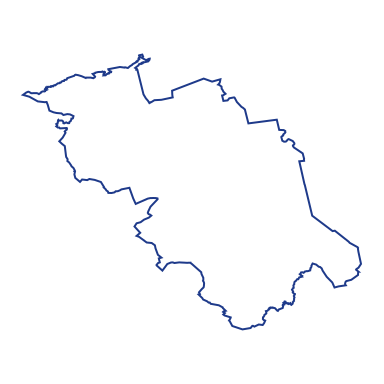 outline of Rubenes pag., Jekabpils, Latvia
{"feature_id": "27541924B32922807778948", "entity_name": "Rubenes pag.", "entity_type": "district", "adm_level": 2, "iso_a3": "LVA", "parent_name": "Latvia", "parent_adm1": "Jekabpils", "projection": "natural_earth1", "projection_center": [26.013, 56.162], "detail": "fine", "context": "isolated", "style": "outline", "palette": "blue", "viewbox_px": 384, "rotation_deg": 0, "n_neighbors": 0, "source": "geoboundaries", "source_scale": "gbopen_adm2", "svg_char_len": 5817}
<svg xmlns="http://www.w3.org/2000/svg" viewBox="0 0 384 384"><path d="M47.4,86.9L47.2,87.8L46.1,87.3L45.9,87.5L46.3,88.6L44.9,89.1L44.8,89.4L45.3,89.9L46.2,90.1L45.2,90.6L45.1,91.2L44.2,91.5L43.2,91.3L41.9,91.7L41.2,92.1L41.2,92.5L38.9,94.1L37.7,93.4L36.5,93.1L31.2,93.2L29.0,91.9L28.2,91.7L26.3,92.5L23.0,94.9L29.3,96.7L37.8,101.4L44.8,102.2L46.6,102.0L47.8,105.0L49.4,110.6L53.5,112.3L56.6,113.0L61.5,113.4L63.4,115.0L67.3,114.1L70.0,114.4L73.5,116.1L72.9,118.3L72.5,118.6L71.4,118.6L71.2,119.8L70.7,121.1L69.5,121.8L69.2,123.1L67.9,123.2L66.2,122.4L64.2,123.4L63.4,123.2L63.2,121.5L61.9,120.5L58.8,120.6L58.4,119.9L58.0,120.3L58.1,121.8L57.6,122.3L57.6,123.6L56.3,124.1L57.2,125.6L56.3,126.4L57.9,127.6L59.1,127.5L60.0,128.4L66.7,128.0L67.0,128.8L66.7,129.7L66.0,130.1L64.7,131.5L65.5,132.8L62.7,137.6L59.3,141.3L61.7,143.6L64.8,146.1L66.0,155.9L66.2,157.0L67.6,159.2L67.4,161.1L69.1,162.4L71.2,165.5L71.5,166.3L73.4,167.9L74.4,169.7L74.8,170.6L74.4,171.2L75.0,171.5L74.4,174.4L75.3,177.9L80.0,181.9L82.1,179.5L87.2,180.1L89.4,179.0L94.7,179.9L100.9,182.0L104.0,187.0L103.7,187.4L105.8,189.4L106.3,190.4L107.9,191.5L108.3,192.9L111.5,193.0L114.0,192.5L114.6,192.3L115.6,191.3L117.8,191.2L119.8,190.4L121.4,189.4L129.4,187.8L133.2,198.4L135.7,203.9L147.8,198.6L150.2,198.1L153.5,198.0L156.0,198.1L157.5,198.4L157.6,199.2L150.5,206.7L148.3,211.3L147.8,212.9L148.6,214.1L150.0,214.6L151.3,215.6L148.9,217.6L144.1,219.6L140.6,222.2L136.6,223.3L134.5,226.5L140.2,232.8L136.6,235.9L139.0,236.8L146.7,242.5L151.7,243.0L154.9,245.3L155.5,248.3L157.9,254.8L161.4,257.6L158.8,258.4L159.8,262.4L158.0,263.1L156.5,265.0L156.6,265.4L162.4,270.6L167.3,264.0L171.0,262.5L172.8,262.4L174.4,263.0L179.2,262.4L186.9,262.8L190.4,262.7L190.4,262.9L191.8,263.9L201.2,272.2L201.5,274.0L203.3,277.8L203.3,280.2L203.0,280.8L203.8,282.1L204.1,283.2L203.9,285.9L203.6,287.4L201.8,289.1L199.0,292.3L199.9,294.1L198.6,294.5L202.3,298.1L203.1,299.5L207.1,301.3L208.6,302.6L209.7,302.5L210.7,303.8L218.9,305.3L222.7,307.4L222.8,308.0L225.7,310.8L223.6,311.4L223.1,311.9L224.9,313.1L223.3,314.5L224.6,315.5L230.7,317.4L230.4,318.4L229.1,320.5L229.4,320.6L232.3,326.0L242.5,329.4L250.6,328.0L252.3,325.9L252.9,325.8L254.4,326.6L258.8,324.5L262.7,325.0L264.1,323.1L265.2,320.6L263.7,320.0L262.9,319.1L263.0,317.3L263.4,317.1L264.3,315.7L264.4,314.9L266.2,313.6L266.4,313.1L265.9,311.1L267.4,310.8L268.4,309.7L269.0,309.5L269.1,309.1L269.5,308.8L269.2,308.6L269.7,308.2L269.6,307.8L270.9,307.4L271.6,307.8L272.5,307.5L273.0,307.9L273.3,307.7L275.0,308.2L277.2,310.6L277.9,310.9L278.8,309.5L282.7,308.0L283.2,305.9L282.7,305.3L282.8,304.9L283.5,304.7L283.5,304.2L284.4,304.3L284.5,303.8L285.0,303.5L284.3,303.3L284.4,303.0L283.7,302.6L284.4,302.1L284.6,301.5L285.3,301.6L285.3,302.1L285.5,302.2L285.2,302.6L285.7,302.9L285.6,303.2L286.6,303.3L286.7,303.1L287.3,303.1L287.2,303.3L287.5,303.6L288.3,304.0L288.6,303.6L289.8,303.6L289.8,303.4L290.0,303.3L290.0,304.0L291.3,304.8L291.7,304.2L292.1,304.2L292.3,303.6L292.7,303.5L292.6,302.7L293.0,302.2L292.9,302.0L294.0,300.9L293.8,300.5L294.2,299.0L294.0,298.2L294.5,297.4L293.8,296.0L294.9,294.4L294.9,294.0L294.1,293.8L292.8,292.5L293.2,291.8L293.1,291.3L292.5,290.7L292.0,289.6L292.7,288.9L292.8,288.3L293.7,287.8L293.4,285.4L294.3,284.1L294.2,283.4L294.6,281.8L296.2,280.6L296.9,279.4L297.5,279.1L298.3,279.2L299.2,277.4L302.0,276.7L301.7,276.4L302.1,275.9L301.1,275.4L301.0,275.0L300.3,274.7L299.8,274.2L300.4,273.8L301.1,272.4L302.6,272.3L303.6,272.8L304.4,272.2L304.7,271.6L306.7,271.1L307.7,271.2L310.2,270.4L310.2,269.5L310.6,268.8L310.4,268.2L311.2,267.3L311.5,266.6L311.4,265.8L312.6,263.5L316.2,264.6L318.7,266.7L320.1,267.0L321.7,268.4L322.6,270.6L326.7,276.8L332.3,282.5L334.5,287.5L338.6,286.4L345.8,285.3L345.2,284.4L345.1,283.4L345.6,281.8L346.3,281.1L351.3,279.8L358.0,275.0L358.2,271.7L358.5,271.7L356.1,269.7L356.4,269.1L358.5,267.7L361.0,263.9L358.4,251.7L357.9,248.5L358.1,248.0L357.6,247.2L349.6,242.8L348.8,241.8L334.8,230.7L332.6,231.1L312.2,215.7L304.8,184.9L304.5,184.3L299.3,161.3L304.1,160.8L303.9,159.1L304.1,158.8L302.7,153.4L293.8,147.4L292.9,145.9L292.9,145.4L294.2,144.4L294.4,143.5L294.2,142.9L292.7,141.0L288.7,139.1L287.7,139.6L286.6,141.0L285.8,141.6L284.1,141.7L282.3,140.7L281.3,137.0L281.5,136.6L283.2,135.5L283.2,134.5L284.9,133.0L285.4,132.2L285.2,131.8L285.2,131.0L283.7,130.1L279.2,129.9L276.8,119.7L248.4,123.4L244.9,109.5L243.0,107.8L241.5,106.9L236.9,102.0L234.6,97.7L234.1,97.4L229.3,98.3L227.6,100.4L223.4,100.9L222.1,95.5L222.9,95.4L225.5,93.8L223.4,91.7L222.5,89.8L221.7,88.8L221.5,86.6L219.2,84.9L218.2,84.6L219.1,83.7L219.9,82.1L220.4,79.3L212.1,81.6L203.7,78.6L172.1,90.7L172.3,95.0L172.7,97.4L161.4,99.8L154.4,100.2L151.5,102.0L150.6,102.2L150.7,102.4L149.4,103.1L148.0,100.8L145.9,98.4L143.5,94.4L137.4,69.9L136.3,69.7L136.7,68.8L135.2,67.9L138.6,65.3L138.9,64.3L140.8,63.5L141.1,64.0L142.5,63.4L142.2,62.6L143.2,62.2L143.4,62.5L148.2,61.4L149.5,59.8L149.7,58.7L148.9,58.8L146.1,60.2L141.3,57.5L143.1,56.6L142.3,54.6L139.1,55.3L139.0,55.6L140.5,57.4L138.8,57.8L138.5,58.4L139.2,59.3L136.7,61.3L137.2,61.7L132.6,64.2L132.0,65.0L130.1,66.1L127.9,68.0L125.0,67.3L124.6,67.6L119.9,67.0L108.3,69.2L108.4,69.7L110.0,71.1L111.2,71.6L111.1,72.2L108.7,72.8L108.9,73.5L106.7,74.1L105.6,75.3L103.6,75.4L104.1,74.6L103.5,74.1L105.0,72.6L105.0,72.1L104.3,71.7L103.5,72.1L102.3,71.5L101.8,71.9L98.2,72.0L95.3,72.7L95.2,73.1L92.7,73.9L95.1,76.6L94.8,77.3L93.3,78.2L90.7,77.6L86.1,77.6L85.8,78.0L81.6,76.2L78.3,75.2L75.6,74.7L74.9,75.0L74.2,75.8L67.2,78.2L66.7,79.5L66.0,79.8L64.5,79.9L64.0,81.0L62.5,81.1L61.5,81.6L61.3,82.2L60.6,82.7L59.7,82.7L59.5,83.2L57.7,83.4L56.0,84.8L55.3,84.9L55.2,85.3L53.9,85.4L53.3,86.2L52.8,85.9L51.9,86.2L51.1,86.1L51.0,86.4L51.2,86.8L50.5,87.0L48.9,86.7L48.1,87.2L47.4,86.9Z" fill="none" stroke="#1e3a8a" stroke-width="2"/></svg>